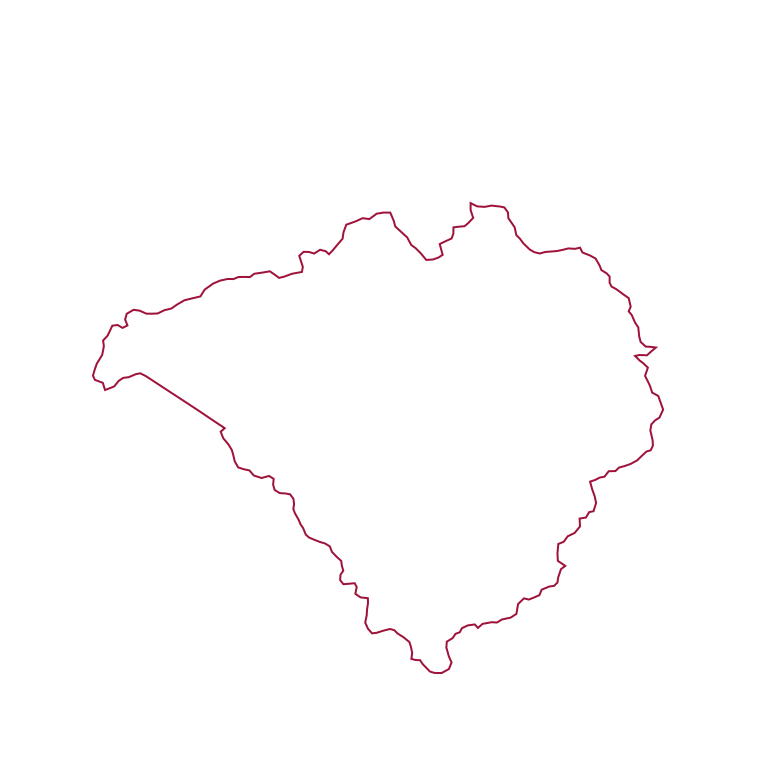 Ribeirão Branco, São Paulo, Brazil (Albers equal-area conic projection), rotated 32°
{"feature_id": "56859067B550904293643", "entity_name": "Ribeirão Branco", "entity_type": "district", "adm_level": 2, "iso_a3": "BRA", "parent_name": "Brazil", "parent_adm1": "São Paulo", "projection": "albers", "projection_center": [-48.778, -24.254], "detail": "fine", "context": "isolated", "style": "outline", "palette": "rose", "viewbox_px": 768, "rotation_deg": 32, "n_neighbors": 0, "source": "geoboundaries", "source_scale": "gbopen_adm2", "svg_char_len": 3597}
<svg xmlns="http://www.w3.org/2000/svg" viewBox="0 0 768 768"><g transform="rotate(32 384 384)"><path d="M618.1,508.8L614.3,499.5L616.3,491.6L621.0,490.1L624.2,485.8L627.7,480.7L626.7,474.9L631.6,468.0L635.2,465.1L636.3,460.5L634.2,455.7L632.2,447.2L634.1,442.2L625.2,441.9L620.9,435.8L616.6,427.3L620.0,422.6L620.5,415.8L624.6,409.3L625.7,400.9L621.2,394.5L626.0,390.2L625.9,383.9L629.1,380.8L626.9,372.5L622.1,367.5L616.6,363.2L610.5,357.6L613.9,353.5L616.5,349.1L620.1,345.7L620.8,338.9L626.4,335.2L627.6,330.3L631.6,326.0L635.5,321.1L639.2,314.5L640.8,307.9L642.4,302.1L645.3,298.9L644.7,293.8L641.8,289.6L638.7,286.4L634.5,282.3L632.1,276.6L633.1,271.4L635.4,266.5L634.3,257.8L622.9,248.8L616.0,249.2L610.8,244.8L606.1,241.8L601.1,238.8L599.1,230.3L593.0,229.0L588.2,228.6L582.1,227.1L585.2,224.1L591.8,220.3L593.4,214.6L595.2,209.0L590.0,211.4L586.1,213.6L579.3,212.3L575.2,208.4L569.6,201.2L564.4,198.9L557.5,194.2L553.0,192.7L552.3,187.8L546.0,181.5L540.0,181.2L535.5,180.8L530.7,180.5L525.3,180.8L521.6,178.5L518.4,173.3L514.3,172.2L508.0,172.2L504.1,169.3L497.0,165.5L490.9,165.8L482.6,167.3L478.0,164.5L474.3,168.2L468.4,171.4L464.6,175.4L460.1,179.7L450.9,186.5L446.9,190.8L441.4,192.6L436.2,192.7L427.8,190.9L422.1,188.7L417.3,187.6L411.8,181.9L407.5,180.0L401.6,177.5L398.2,172.8L392.5,170.5L388.6,171.9L380.7,175.7L375.4,180.5L368.9,184.0L361.6,184.7L365.2,190.5L371.6,195.9L370.3,202.4L368.7,207.5L363.9,211.1L359.9,214.3L363.2,219.9L364.2,224.8L360.2,230.8L357.1,235.8L365.3,243.4L363.1,248.0L359.6,252.4L354.1,256.4L346.0,253.7L338.7,252.0L333.5,251.7L326.0,247.4L317.4,245.8L310.0,244.4L306.0,240.6L298.5,235.3L292.6,239.0L287.5,243.5L284.2,251.9L278.0,254.7L273.7,261.2L267.6,268.9L269.2,276.6L271.9,282.8L270.8,289.8L269.7,297.8L268.6,303.1L264.2,302.3L258.7,304.0L255.6,310.4L250.6,311.7L245.8,314.5L244.2,320.2L248.6,323.9L253.1,327.7L255.0,332.5L247.4,339.4L242.7,345.6L238.8,349.6L233.6,349.2L227.5,348.9L221.8,354.0L215.5,359.3L213.7,364.3L209.5,366.8L203.9,370.4L200.7,374.8L195.7,377.8L190.3,383.1L185.9,389.3L181.9,399.0L181.9,407.0L175.5,413.5L170.4,418.7L166.5,426.1L163.6,432.8L158.7,437.7L154.7,444.1L149.9,447.4L145.1,450.3L137.9,451.3L132.3,453.8L128.6,460.8L130.3,466.5L135.4,470.3L132.5,475.0L126.9,475.1L122.7,478.5L124.0,489.4L122.7,495.9L126.4,500.4L129.6,508.6L129.7,519.0L131.0,525.0L132.8,531.2L136.7,533.7L144.9,532.0L150.6,536.9L153.6,533.0L156.5,529.0L157.3,522.1L159.6,517.0L163.9,513.5L168.4,507.1L171.6,504.1L177.9,503.5L237.9,504.8L272.3,505.9L270.8,511.0L276.4,515.2L284.1,517.7L289.9,520.6L293.9,524.2L298.3,528.6L304.5,532.0L310.2,530.6L315.7,528.6L322.0,530.6L330.0,528.6L335.2,522.9L340.7,522.9L343.3,528.1L347.4,531.8L353.3,531.8L358.8,528.9L362.9,527.3L368.1,529.4L371.5,533.7L373.3,538.0L376.9,540.8L383.3,544.2L387.5,547.2L391.7,549.0L397.5,553.2L401.9,553.9L406.4,553.2L413.0,552.0L418.5,550.5L424.1,550.4L428.9,554.0L435.7,555.7L441.5,556.7L444.5,560.4L448.4,563.9L448.2,568.9L450.8,573.6L455.7,575.3L460.2,571.9L464.7,568.5L468.4,570.6L470.9,577.1L477.2,577.4L483.8,574.2L486.5,578.2L489.3,584.6L491.9,589.3L494.5,596.3L500.1,600.0L506.0,601.8L509.7,598.8L514.1,593.6L518.9,588.6L523.2,587.3L527.8,588.4L534.6,588.4L542.3,589.4L545.9,592.4L550.4,597.1L552.9,602.6L557.2,601.3L560.9,599.1L565.4,601.1L570.8,602.4L575.3,603.5L579.9,602.3L586.0,598.6L590.1,591.3L588.8,584.3L583.3,580.6L579.8,577.4L576.5,574.4L573.8,569.2L576.9,563.0L577.0,558.0L579.8,554.4L579.5,549.8L583.0,544.3L588.4,539.8L592.9,541.1L594.7,535.2L601.5,529.0L606.2,526.4L608.8,521.2L615.2,515.0L618.1,508.8Z" fill="none" stroke="#9f1239" stroke-width="2"/></g></svg>